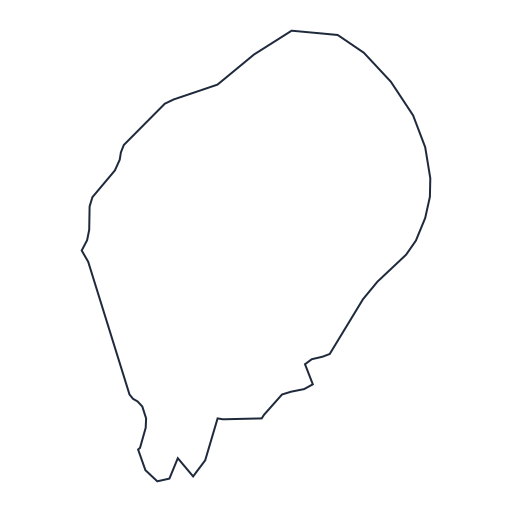 the state/province of São Tomé
{"feature_id": "STP-4861", "entity_name": "São Tomé", "entity_type": "state/province", "adm_level": 1, "iso_a3": "STP", "parent_name": "São Tomé and Principe", "parent_adm1": "", "projection": "mercator", "projection_center": [6.595, 0.217], "detail": "fine", "context": "isolated", "style": "outline", "palette": "slate", "viewbox_px": 512, "rotation_deg": 0, "n_neighbors": 0, "source": "natural_earth", "source_scale": "10m", "svg_char_len": 761}
<svg xmlns="http://www.w3.org/2000/svg" viewBox="0 0 512 512"><path d="M337.7,35.0L363.9,52.8L390.9,81.8L413.1,115.4L425.2,147.2L430.3,178.3L429.9,196.8L425.2,218.0L415.9,240.6L406.1,254.7L377.5,281.6L363.0,299.2L329.7,354.0L322.6,356.7L311.8,359.2L305.0,364.2L312.8,384.3L304.1,389.1L291.1,391.7L282.0,394.5L264.0,414.8L261.7,418.4L222.9,419.3L217.6,418.4L205.2,460.3L193.1,476.4L177.8,458.2L169.4,478.6L157.3,481.3L145.4,470.2L138.1,449.5L140.0,447.9L145.7,427.8L146.1,418.4L142.3,406.5L137.5,401.4L133.0,398.8L129.5,394.5L88.2,261.8L81.7,250.5L87.1,240.2L89.2,229.9L89.6,206.5L92.4,197.2L114.9,170.4L119.7,159.8L120.9,152.4L123.8,145.0L164.8,103.7L173.8,99.4L217.5,84.6L254.0,54.5L291.6,30.7L337.7,35.0Z" fill="none" stroke="#1e293b" stroke-width="2"/></svg>